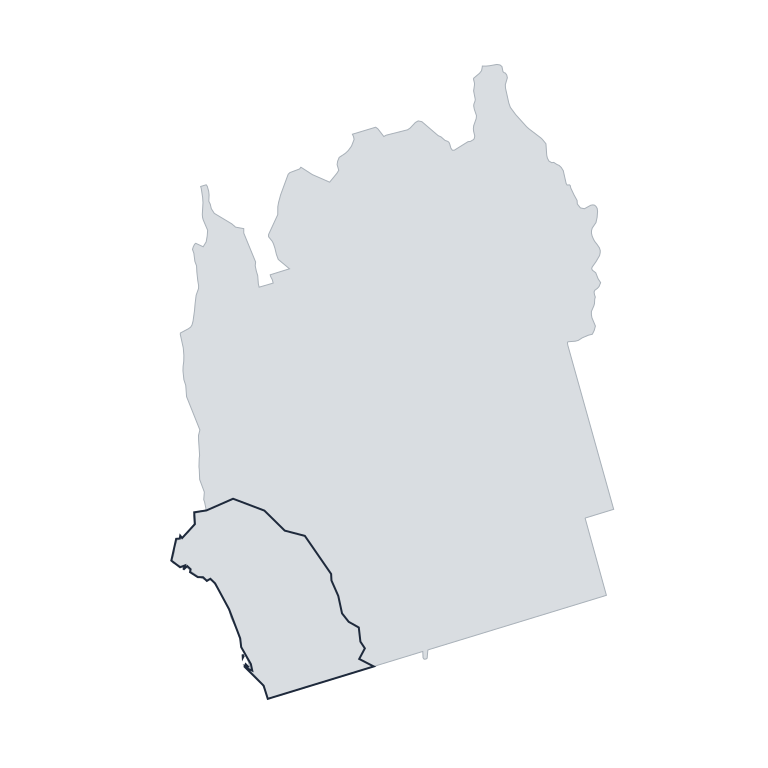 Sudan, with Red Sea highlighted, rotated 163°
{"feature_id": "SDN-149", "entity_name": "Red Sea", "entity_type": "State", "adm_level": 1, "iso_a3": "SDN", "parent_name": "Sudan", "parent_adm1": "", "projection": "equal_earth", "projection_center": [36.534, 19.492], "detail": "coarse", "context": "in_parent", "style": "outline", "palette": "slate", "viewbox_px": 768, "rotation_deg": 163, "n_neighbors": 0, "source": "natural_earth", "source_scale": "10m", "svg_char_len": 4429}
<svg xmlns="http://www.w3.org/2000/svg" viewBox="0 0 768 768"><g transform="rotate(163 384 384)"><path d="M501.6,626.5L495.8,626.5L495.2,624.7L495.3,619.7L496.0,615.9L498.1,610.0L497.6,606.7L497.9,602.1L496.4,596.8L482.7,581.6L480.1,577.4L472.7,573.6L474.0,569.3L471.1,538.2L472.6,534.7L473.1,529.2L473.1,524.5L474.9,516.5L475.1,513.1L460.5,512.9L460.3,516.3L461.0,520.2L460.9,521.7L440.7,521.8L448.7,534.0L449.0,539.3L448.6,545.9L448.7,550.2L449.1,553.0L451.3,558.5L451.1,559.5L450.6,560.8L436.1,577.0L433.7,584.6L431.7,588.5L427.5,595.2L414.3,612.6L412.1,613.7L402.1,614.3L401.1,614.8L400.3,615.6L399.9,615.4L391.3,605.2L377.0,592.9L367.4,599.3L364.8,601.6L364.7,607.5L363.2,610.6L360.6,613.8L353.5,615.9L349.9,617.7L345.5,621.0L341.1,626.6L340.8,629.5L341.2,632.1L316.9,632.0L315.3,629.9L311.8,620.7L309.3,621.3L287.1,620.2L284.0,621.2L277.6,624.9L274.4,625.6L271.1,623.8L259.6,605.7L257.1,603.5L254.5,599.2L252.0,597.3L251.2,596.0L251.0,594.0L251.1,590.1L250.3,587.6L248.5,587.0L232.7,591.2L230.5,590.7L227.2,591.5L226.0,592.2L224.7,594.6L224.4,599.6L223.9,602.0L222.7,604.8L218.2,610.9L217.1,613.6L217.3,620.4L216.9,623.8L216.2,625.4L214.2,628.0L213.5,629.5L212.6,638.1L210.1,643.4L209.5,645.3L209.3,649.0L208.9,650.2L201.8,653.2L199.1,655.1L197.5,658.1L197.0,659.3L194.0,658.3L190.2,657.5L182.7,656.6L179.8,655.2L178.4,653.1L178.9,647.9L178.2,646.7L177.0,645.8L176.3,643.5L176.5,640.8L180.5,634.7L181.3,631.5L182.5,616.2L182.3,611.6L179.3,603.1L172.4,588.3L170.7,585.5L162.0,573.4L161.0,571.6L158.9,566.4L161.5,555.2L161.7,552.2L161.1,549.0L158.9,546.6L156.9,546.3L154.4,543.3L152.7,541.9L151.2,539.3L150.2,535.6L151.2,522.5L150.7,520.7L148.4,520.2L147.9,519.3L148.1,516.8L147.0,509.3L145.7,503.1L146.5,499.6L144.7,495.0L141.1,493.0L134.0,494.5L131.8,494.2L130.3,493.4L129.3,491.7L128.8,489.6L129.3,486.6L131.5,481.0L134.1,476.4L139.3,472.2L140.7,470.0L141.5,467.6L141.7,464.7L141.4,461.7L140.9,459.0L139.5,455.4L138.2,451.2L138.2,448.3L138.9,446.3L140.3,443.8L145.5,439.0L150.8,434.9L151.7,433.5L151.4,431.8L149.0,428.5L148.5,422.1L147.2,417.6L149.9,414.3L151.9,413.1L155.0,412.0L156.2,410.6L156.6,407.9L156.5,405.4L157.7,403.5L159.2,399.4L160.4,397.5L164.5,392.7L165.4,389.6L165.8,386.6L164.9,377.6L167.3,373.8L170.2,370.7L174.4,370.9L180.9,370.2L185.4,368.9L188.5,369.0L195.7,370.6L196.5,369.9L196.9,367.5L201.0,197.0L230.5,197.0L230.9,196.7L233.1,116.9L418.4,116.9L419.9,116.7L422.9,109.2L424.2,108.7L426.1,109.1L426.7,110.8L425.1,116.9L586.8,116.9L587.1,126.0L588.5,133.3L593.1,143.7L597.0,149.3L598.4,152.4L598.5,153.8L598.3,155.1L597.1,153.6L595.2,152.6L594.9,157.4L595.8,167.5L597.5,174.5L596.3,181.0L596.5,192.0L598.6,205.2L598.2,213.6L601.6,233.4L604.9,244.3L606.7,247.0L608.8,248.5L612.7,249.4L618.5,255.0L623.1,260.9L624.7,264.0L626.9,267.4L628.4,266.8L629.4,265.9L630.9,268.6L638.1,274.5L639.2,277.3L636.6,279.9L633.6,284.6L632.2,288.9L631.4,290.3L629.0,293.0L628.6,294.3L627.5,295.1L626.4,295.2L623.9,296.6L621.7,296.2L619.4,297.0L618.6,298.0L616.8,298.9L614.4,299.4L610.6,303.0L607.3,304.8L606.2,306.3L604.5,313.6L603.2,315.5L598.3,315.7L595.9,316.3L592.7,315.5L591.1,315.6L590.7,317.1L590.1,323.4L590.2,326.1L587.4,333.2L588.2,346.5L585.6,356.5L585.2,358.8L582.5,366.8L581.2,369.7L577.7,384.5L576.4,389.1L573.5,393.9L576.5,429.6L574.0,440.6L574.1,446.6L572.4,455.4L571.0,459.5L568.8,464.4L567.0,469.9L565.4,477.2L564.3,491.0L563.8,492.3L555.0,494.0L552.3,494.9L550.4,496.5L548.2,500.0L543.7,509.7L541.3,515.7L537.7,523.8L533.4,529.6L532.5,532.4L531.8,537.6L530.2,545.9L528.7,551.8L529.0,556.5L527.6,564.7L527.8,568.7L526.3,570.9L524.3,573.0L522.9,573.6L516.8,568.1L512.5,571.9L509.8,577.2L507.7,582.6L508.9,593.9L508.8,596.4L508.2,599.2L504.1,610.3L502.9,615.4L501.6,624.4L501.6,626.5Z" fill="#d9dde1" stroke="#a8b0b8" stroke-width="1"/><path d="M639.0,277.3L628.0,296.7L624.5,295.9L623.2,298.5L622.1,295.7L605.8,305.3L603.0,316.8L590.8,315.0L561.9,318.4L535.4,297.9L521.8,272.8L504.1,261.9L490.1,217.8L491.7,211.5L489.7,194.7L491.2,176.9L487.3,166.9L479.3,158.5L481.9,144.5L479.6,136.8L488.1,128.3L476.4,116.9L587.2,116.9L587.3,130.7L600.0,154.4L598.2,156.5L596.3,152.8L598.8,154.5L597.5,151.6L593.8,148.4L593.2,155.1L597.5,174.1L595.9,182.8L598.0,213.9L603.8,242.7L607.0,248.5L611.0,247.5L613.5,252.1L618.6,253.8L624.5,260.8L623.1,263.4L625.4,267.4L630.1,265.1L627.4,268.7L632.6,268.4L639.0,277.3ZM597.9,164.6L599.1,163.4L598.3,166.7L597.9,164.6Z" fill="none" stroke="#1e293b" stroke-width="2"/></g></svg>